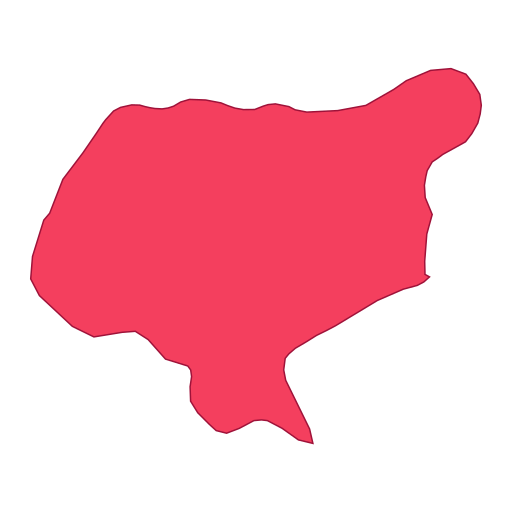 San Miguel Sigüila, Quezaltenango, Guatemala
{"feature_id": "79465075B47659250151681", "entity_name": "San Miguel Sigüila", "entity_type": "district", "adm_level": 2, "iso_a3": "GTM", "parent_name": "Guatemala", "parent_adm1": "Quezaltenango", "projection": "mercator", "projection_center": [-91.6, 14.9], "detail": "fine", "context": "isolated", "style": "filled", "palette": "rose", "viewbox_px": 512, "rotation_deg": 0, "n_neighbors": 0, "source": "geoboundaries", "source_scale": "gbopen_adm2", "svg_char_len": 1278}
<svg xmlns="http://www.w3.org/2000/svg" viewBox="0 0 512 512"><path d="M105.7,119.7L102.9,123.4L96.5,133.1L82.9,152.9L62.9,179.3L49.7,213.2L43.8,220.1L32.5,256.5L30.7,278.9L39.4,295.6L72.4,326.4L93.9,336.9L122.2,332.3L135.3,331.3L148.2,339.6L165.5,359.1L187.8,366.0L190.7,370.0L191.6,376.6L190.1,386.7L190.6,401.2L197.8,412.8L209.4,424.4L216.2,430.6L226.6,433.2L239.2,428.4L253.9,420.6L261.5,419.9L267.4,420.6L282.1,428.3L298.4,439.9L312.9,443.4L309.6,429.0L285.7,380.3L283.7,369.9L285.2,358.3L288.8,353.9L295.4,348.2L306.8,341.5L316.5,335.4L326.3,330.6L335.4,325.8L377.3,300.5L403.2,289.2L417.3,285.4L423.9,281.9L429.5,276.9L425.0,274.4L424.7,261.3L426.8,234.0L432.2,214.5L425.2,197.6L424.4,185.3L425.8,176.7L427.2,170.6L432.2,161.9L437.7,158.2L442.8,154.4L465.5,141.8L471.8,133.6L477.8,123.1L480.2,113.9L481.3,105.3L479.8,94.4L473.4,83.7L465.9,74.2L451.0,68.6L430.6,70.4L406.3,80.7L393.8,89.4L365.9,105.4L337.7,110.6L306.8,112.1L295.1,109.8L288.9,106.6L275.4,103.9L268.1,104.6L263.3,106.1L254.7,109.5L243.4,109.6L234.9,108.1L227.6,105.6L221.0,102.9L205.7,100.0L189.5,99.4L180.7,102.0L173.6,106.2L168.1,108.0L162.1,108.9L154.8,108.5L149.9,107.7L145.0,106.6L139.7,105.1L131.7,104.9L120.5,107.4L113.6,111.0L105.7,119.7Z" fill="#f43f5e" stroke="#9f1239" stroke-width="1.5"/></svg>